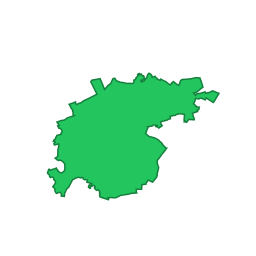 the district of Voivodeni, Mures, Romania, rotated 148°
{"feature_id": "2599482B38443104780555", "entity_name": "Voivodeni", "entity_type": "district", "adm_level": 2, "iso_a3": "ROU", "parent_name": "Romania", "parent_adm1": "Mures", "projection": "natural_earth1", "projection_center": [24.606, 46.712], "detail": "fine", "context": "isolated", "style": "filled", "palette": "green", "viewbox_px": 256, "rotation_deg": 148, "n_neighbors": 0, "source": "geoboundaries", "source_scale": "gbopen_adm2", "svg_char_len": 5894}
<svg xmlns="http://www.w3.org/2000/svg" viewBox="0 0 256 256"><g transform="rotate(148 128 128)"><path d="M165.4,179.3L165.4,178.3L165.3,177.8L165.5,177.2L165.5,175.8L165.8,174.8L165.6,173.8L165.3,173.1L165.3,172.9L165.4,172.6L166.2,171.5L166.3,171.2L166.2,170.9L166.1,170.7L166.2,170.1L167.2,169.1L167.5,168.5L167.5,168.1L167.0,167.0L174.2,168.7L177.0,168.5L178.1,168.6L180.6,169.7L185.1,170.7L185.0,169.0L185.1,166.6L186.3,167.1L186.5,167.1L186.5,166.2L186.8,164.8L186.7,164.4L186.2,164.1L185.8,163.7L185.3,161.8L185.5,160.5L185.9,159.7L187.6,159.0L187.9,158.7L188.0,158.1L192.2,159.4L194.2,158.2L195.1,157.3L196.8,157.2L196.8,156.7L197.7,156.6L198.2,156.4L198.4,156.2L197.5,155.8L197.2,154.7L197.5,154.4L199.0,154.1L199.4,153.4L199.2,152.4L195.3,151.3L195.4,150.8L196.6,149.0L198.9,146.8L202.7,141.1L205.8,141.0L205.2,139.5L205.2,139.1L204.9,138.4L204.4,137.6L203.6,137.0L202.8,136.9L202.1,136.2L201.8,135.6L200.8,133.1L200.8,131.4L201.1,130.2L203.1,127.0L203.6,126.3L204.8,125.3L207.7,125.0L208.2,125.2L208.9,125.8L210.1,127.9L210.3,128.7L209.8,129.1L210.2,130.6L210.0,132.0L212.5,132.4L213.3,132.8L216.4,133.4L216.6,134.8L217.3,134.9L217.5,134.2L218.1,134.1L219.9,132.8L220.2,132.3L220.2,132.0L219.6,130.2L219.6,129.8L220.1,128.7L220.2,128.3L220.1,127.3L220.0,127.1L219.7,127.0L218.9,126.9L218.3,126.7L217.9,126.3L217.7,125.8L217.7,124.9L217.7,124.6L218.3,123.7L218.2,123.3L217.8,122.1L218.1,120.7L218.4,120.1L219.0,119.7L220.4,119.0L220.8,118.7L222.4,118.3L222.7,118.2L222.9,118.0L222.8,117.4L222.3,115.9L222.3,115.3L222.4,114.9L222.8,114.2L223.4,113.0L223.5,111.8L223.5,111.2L223.3,110.5L223.2,110.3L221.2,110.1L220.5,109.9L219.9,109.5L219.7,109.0L219.4,108.1L219.4,107.2L220.7,105.7L218.3,103.7L217.5,104.5L217.0,105.4L216.1,106.5L215.0,106.9L212.6,108.7L211.8,108.9L209.9,109.1L203.3,113.0L202.0,113.6L201.3,113.4L197.6,113.0L196.8,112.7L196.2,112.4L195.5,111.9L194.5,110.7L193.1,110.4L192.6,109.9L192.9,109.0L192.9,108.5L192.7,107.9L192.3,107.3L190.5,106.1L190.4,105.8L190.2,105.4L190.3,105.0L190.5,104.7L191.6,104.0L191.6,103.8L191.6,103.7L190.4,102.7L189.5,101.3L188.3,100.2L188.2,99.9L188.3,99.6L188.5,99.4L189.4,99.3L190.4,99.4L190.5,99.5L190.7,100.2L190.9,100.3L191.2,100.2L192.8,99.0L192.9,98.5L192.7,98.1L192.4,97.1L192.0,96.9L191.6,97.0L191.4,97.3L191.2,97.6L190.7,97.9L188.1,97.7L187.6,97.4L187.3,97.0L187.0,96.1L186.9,95.8L187.3,95.4L187.9,95.3L188.2,95.1L188.3,94.3L188.1,93.2L187.8,92.2L187.4,91.6L186.4,91.7L186.0,91.4L185.8,90.9L185.7,90.0L185.8,89.6L185.7,89.2L185.8,88.8L186.6,88.0L186.8,87.5L186.8,87.3L186.5,87.2L186.6,86.8L186.9,86.3L187.7,86.0L188.1,85.5L188.2,84.4L188.1,84.1L182.6,77.6L181.8,78.4L181.9,79.4L178.8,77.8L177.8,76.9L175.9,75.6L174.1,75.1L170.1,74.8L169.3,74.5L163.1,71.8L159.7,70.8L155.0,68.3L154.8,69.5L153.5,71.6L148.9,68.9L146.2,72.6L142.6,70.8L142.0,71.6L138.4,73.1L135.9,69.1L131.7,70.4L129.4,71.4L128.1,72.7L127.2,74.2L125.5,75.6L124.2,77.0L123.5,77.6L122.9,78.3L122.1,82.0L120.9,84.3L120.2,85.1L118.2,85.7L116.6,86.3L114.1,87.4L108.8,89.2L106.0,90.4L106.5,90.7L106.5,91.2L106.5,91.6L107.4,94.8L107.3,95.2L107.4,97.8L108.1,99.7L108.2,100.5L108.8,102.4L109.8,104.0L110.2,104.7L110.9,105.8L111.8,106.7L112.9,108.0L113.7,108.6L114.2,109.1L114.7,109.8L115.6,112.6L115.9,114.2L114.8,114.9L114.2,115.2L113.4,116.1L112.9,116.5L110.7,117.8L110.7,118.0L110.8,118.7L109.9,118.3L106.7,116.9L106.4,116.8L105.9,116.8L105.0,117.2L103.9,116.6L102.8,115.4L101.8,114.6L101.9,114.4L102.5,114.4L102.9,114.4L103.5,114.8L103.7,114.7L103.1,113.9L102.6,113.4L102.0,112.4L102.0,112.0L102.0,111.9L101.9,111.6L97.8,111.8L97.8,114.3L97.6,115.0L96.8,115.9L90.4,113.9L89.2,114.0L87.1,113.4L86.4,114.8L86.2,115.6L84.9,115.1L84.4,115.0L83.9,114.8L82.7,114.5L81.8,113.9L80.9,113.7L80.1,113.8L77.3,113.0L75.2,111.7L72.9,109.6L76.2,105.1L76.4,104.4L76.0,104.0L77.1,103.5L75.4,102.0L75.1,101.8L72.6,102.8L72.1,102.9L71.5,102.8L71.2,102.6L69.3,101.1L67.8,100.1L67.7,99.9L67.3,100.1L67.0,100.4L66.7,102.4L66.5,103.1L65.6,106.2L64.0,106.0L60.3,105.1L60.1,106.4L58.6,106.1L57.9,106.3L57.0,107.5L56.5,107.9L58.2,109.2L58.8,109.4L58.9,109.8L58.5,109.8L58.5,110.0L58.7,110.5L59.5,114.0L57.0,115.3L54.9,117.3L52.8,115.2L52.1,115.0L51.0,115.0L50.4,114.7L49.7,114.0L49.2,113.3L47.8,111.0L45.8,112.0L43.6,107.6L42.8,105.8L42.0,104.4L40.0,105.3L32.5,109.2L33.0,109.9L33.3,110.1L36.5,114.7L39.5,114.9L43.7,116.3L43.5,117.8L45.4,118.3L47.9,118.9L51.5,120.6L52.0,120.6L53.3,119.9L53.4,120.0L53.8,123.0L51.8,122.3L50.7,122.1L49.1,122.2L45.7,122.7L42.8,122.9L41.2,128.9L40.5,132.4L41.3,132.7L42.5,133.9L44.3,134.9L48.8,136.5L52.8,138.5L56.1,140.3L56.6,140.5L57.0,140.5L58.4,140.2L61.8,137.5L62.3,137.2L63.4,139.0L64.6,142.4L64.8,143.3L67.4,143.0L67.6,142.5L69.3,142.2L70.2,143.9L71.6,147.8L72.3,148.4L74.2,152.0L74.4,152.2L75.5,151.4L77.4,154.2L77.1,154.7L77.6,155.8L77.7,157.5L80.6,158.2L80.0,159.9L80.0,160.8L80.7,162.7L81.2,163.3L81.9,163.2L83.3,162.6L84.6,161.5L86.1,160.6L87.6,160.1L89.4,159.4L89.9,159.3L90.7,159.4L91.4,159.7L92.3,160.3L92.4,160.5L91.6,161.7L90.2,160.8L89.5,161.2L88.2,161.2L87.8,161.5L87.8,162.1L87.1,162.9L87.2,164.0L87.8,164.6L88.2,164.6L88.2,165.5L88.1,166.1L88.2,166.8L88.6,166.9L89.9,166.9L90.3,167.0L90.3,167.3L89.6,167.6L89.5,167.9L89.5,168.2L90.7,168.4L91.4,168.3L92.5,166.7L92.8,166.6L94.3,166.5L94.4,166.2L94.6,165.9L95.1,165.9L95.4,165.6L96.1,165.3L97.8,165.5L98.0,165.0L98.2,164.1L98.6,163.8L98.9,163.5L99.6,163.2L100.5,163.4L101.7,164.0L102.5,164.6L102.9,164.9L103.0,165.2L103.2,165.3L103.8,165.4L104.9,166.1L106.1,167.1L107.9,169.0L109.9,170.5L110.5,171.2L111.2,172.2L112.8,174.2L112.8,176.1L112.9,177.2L114.5,177.8L115.2,177.5L117.3,176.0L119.0,174.9L119.9,174.8L122.6,174.7L124.5,173.9L127.5,173.2L127.2,174.3L126.3,179.6L125.5,184.6L133.3,187.7L135.0,187.0L136.4,173.1L145.7,173.9L151.4,174.6L154.5,174.3L156.5,174.9L158.7,175.0L159.0,175.1L159.4,176.2L158.7,177.9L160.6,178.2L165.4,179.3Z" fill="#22c55e" stroke="#15803d" stroke-width="1.5"/></g></svg>